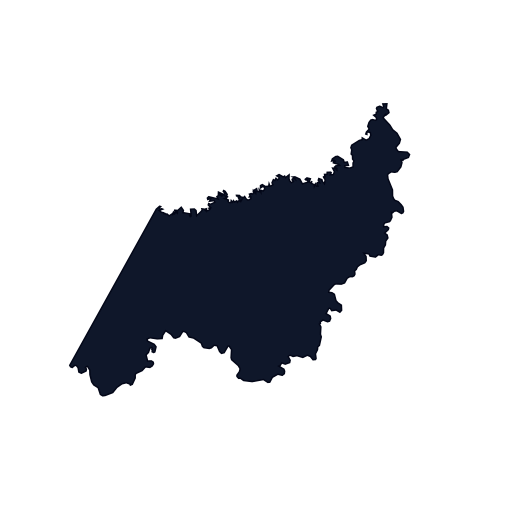 El Encanto, Amazonas, Colombia (orthographic projection), rotated 299°
{"feature_id": "7082276B15462988930410", "entity_name": "El Encanto", "entity_type": "district", "adm_level": 2, "iso_a3": "COL", "parent_name": "Colombia", "parent_adm1": "Amazonas", "projection": "orthographic", "projection_center": [-72.847, -1.998], "detail": "fine", "context": "isolated", "style": "filled", "palette": "ink", "viewbox_px": 512, "rotation_deg": 299, "n_neighbors": 0, "source": "geoboundaries", "source_scale": "gbopen_adm2", "svg_char_len": 6138}
<svg xmlns="http://www.w3.org/2000/svg" viewBox="0 0 512 512"><g transform="rotate(299 256 256)"><path d="M70.1,146.1L69.2,147.5L69.4,149.3L72.6,150.6L73.1,152.0L72.1,154.5L68.6,157.4L68.8,160.1L73.0,163.1L74.8,162.6L75.8,160.8L77.6,161.7L77.7,161.1L77.7,162.3L75.6,166.0L71.6,168.4L66.3,173.3L64.6,176.6L64.3,181.8L59.5,187.0L59.4,189.7L60.9,191.7L67.1,196.9L73.6,198.0L79.2,200.7L82.3,204.0L83.1,209.2L81.6,208.3L83.8,210.0L90.7,209.5L93.4,208.0L95.0,207.9L100.5,211.9L105.1,213.0L106.7,214.7L106.0,214.4L107.1,217.2L109.5,218.5L112.0,218.6L113.3,217.6L113.5,215.4L111.6,212.1L116.2,207.8L119.5,208.7L123.7,207.9L125.0,208.5L125.6,209.4L125.1,210.2L124.0,210.8L124.1,209.3L123.8,210.7L121.9,211.6L122.0,213.3L123.1,214.0L128.1,212.6L129.4,209.8L129.0,202.3L130.6,201.0L133.1,202.9L135.7,209.8L138.3,213.9L141.5,212.8L146.9,213.2L146.3,219.8L144.6,223.7L145.1,225.4L148.5,228.2L154.6,228.5L155.3,230.7L155.2,232.4L152.7,236.7L154.0,241.2L153.3,250.4L151.0,253.0L150.6,254.9L152.5,260.0L154.1,261.5L157.6,262.6L158.7,265.5L154.8,270.5L154.1,273.0L156.0,275.0L163.7,275.2L164.2,276.1L162.3,280.0L155.0,283.5L153.5,285.0L151.6,293.6L149.7,296.8L146.8,297.6L142.5,297.1L141.4,297.8L140.6,300.1L141.6,301.8L141.1,305.5L144.3,313.5L151.6,322.4L151.2,327.6L152.3,329.2L157.8,329.1L163.2,332.4L164.4,336.8L166.8,337.8L169.1,336.9L170.5,335.3L170.7,329.3L171.8,330.2L175.0,330.3L175.6,334.0L179.1,337.1L181.4,336.4L183.6,332.9L184.8,333.1L185.9,334.4L186.1,337.1L188.7,340.1L190.0,346.1L194.1,349.0L194.5,352.3L192.9,356.2L194.3,358.2L195.5,358.2L199.3,355.4L203.8,355.2L206.6,354.0L208.5,354.8L216.9,352.3L218.8,350.3L225.4,347.1L227.2,344.4L228.3,345.0L229.4,344.1L232.5,345.6L233.2,350.5L234.7,351.9L237.5,351.6L239.4,350.0L239.6,345.2L245.5,345.0L246.2,346.4L244.9,348.7L247.6,352.3L247.5,356.6L250.0,357.2L254.4,354.5L254.7,350.4L255.7,347.6L260.5,343.1L260.7,340.2L259.5,337.2L261.3,336.4L268.9,338.3L270.2,339.2L272.8,344.3L275.4,346.5L280.8,346.5L283.4,348.0L284.8,350.5L286.4,351.4L288.1,351.3L290.9,349.4L292.8,350.2L295.6,349.9L298.6,351.1L302.8,354.4L305.3,354.7L308.9,352.5L310.7,348.9L312.6,353.8L311.2,355.8L313.0,361.0L316.5,362.4L317.4,365.2L318.5,365.9L320.7,365.9L324.9,363.7L328.4,363.8L331.9,362.2L335.7,362.6L338.0,360.5L338.4,357.4L343.2,358.9L344.8,358.5L345.3,356.2L343.4,353.5L345.6,352.4L347.4,352.6L350.8,356.1L352.1,356.4L355.8,356.1L359.8,353.3L359.9,354.4L362.4,355.3L363.8,357.4L363.7,362.6L365.0,363.5L366.6,363.4L369.9,360.9L371.2,358.2L372.5,353.9L372.0,350.4L372.9,348.5L374.6,346.4L380.0,343.3L387.4,334.1L390.6,331.8L392.1,331.8L395.2,333.5L396.5,336.8L398.2,338.6L404.1,339.5L408.4,338.4L410.5,336.3L411.0,338.1L411.7,337.8L416.1,341.5L419.2,341.1L420.1,337.9L416.3,329.9L417.8,326.6L418.9,325.7L424.1,326.7L428.0,325.8L431.7,319.8L432.7,314.3L435.3,309.7L438.5,300.1L442.6,300.5L442.1,301.3L445.8,302.8L447.7,301.1L447.9,298.6L452.6,296.7L450.5,293.2L448.6,295.3L447.3,295.2L447.0,291.6L444.7,289.7L443.5,289.8L441.3,292.5L440.0,291.5L438.3,292.4L436.2,290.7L435.5,294.0L433.9,295.4L432.5,294.6L431.8,291.8L430.5,290.5L427.6,290.1L423.6,290.9L421.9,293.5L418.0,292.5L415.9,292.9L416.1,294.0L417.6,293.1L418.7,293.5L419.4,296.1L417.3,297.9L413.5,298.1L410.7,296.2L410.8,291.7L409.3,292.5L407.1,290.3L399.3,286.0L396.7,286.5L395.3,288.3L391.3,289.8L390.8,291.6L387.6,293.5L386.6,295.7L384.4,295.8L381.0,297.7L378.3,295.4L376.5,290.8L378.0,289.9L380.1,292.9L382.5,290.3L380.6,287.8L382.5,285.8L382.8,279.1L381.6,277.5L378.0,275.7L375.8,276.1L377.4,277.6L377.6,279.0L377.1,279.5L375.9,278.1L375.0,278.5L376.3,284.5L375.8,285.3L373.5,282.1L372.1,281.7L371.8,284.3L370.3,285.1L370.9,282.2L370.0,280.4L367.8,283.7L364.7,284.2L362.9,281.6L365.3,281.4L365.5,280.7L363.7,277.7L361.9,278.6L360.6,276.4L359.3,277.5L357.3,276.4L358.6,277.9L357.1,277.9L356.2,279.6L352.3,280.8L353.3,277.9L354.7,276.6L354.2,273.4L352.5,273.7L350.9,276.3L350.1,274.3L349.1,274.0L347.1,276.4L346.3,275.0L347.8,273.0L345.3,273.2L346.5,272.4L346.4,268.9L348.5,268.8L346.4,268.0L346.5,266.6L349.9,266.1L349.0,262.7L347.0,261.9L346.7,262.9L348.3,264.1L347.0,264.1L346.4,265.6L345.7,265.6L341.6,261.6L344.5,257.1L344.1,251.7L343.0,250.0L343.0,252.1L342.1,253.1L342.4,251.6L341.0,250.5L340.1,250.6L339.3,252.6L337.3,251.4L338.0,249.0L339.6,247.4L343.0,245.6L338.8,243.8L339.8,242.3L338.4,241.5L338.4,236.7L336.2,235.3L336.1,237.8L335.0,238.6L333.0,237.9L333.6,235.8L331.2,235.9L331.2,234.2L327.8,234.5L326.6,236.3L324.7,235.2L323.8,234.4L325.4,232.5L323.2,233.3L321.3,230.5L321.5,226.9L319.8,225.8L317.7,226.9L320.1,228.2L320.2,229.8L318.8,231.2L316.3,230.8L315.8,228.4L313.9,229.5L315.3,226.9L313.9,227.8L313.1,225.8L315.2,223.9L312.5,222.4L312.0,224.8L310.6,225.4L311.9,222.0L310.8,222.5L311.0,223.9L308.3,222.8L308.3,221.5L306.9,220.3L306.3,221.4L304.4,221.5L305.2,222.8L303.4,223.8L300.9,222.0L301.1,219.8L302.5,217.2L301.1,216.8L300.3,214.3L300.9,212.1L299.6,209.5L299.1,209.9L299.6,211.2L298.6,212.2L299.8,213.5L298.1,212.9L296.6,214.7L298.8,216.3L296.1,216.3L296.0,214.2L293.9,213.7L294.9,212.4L292.7,211.0L293.5,209.5L291.6,209.4L292.4,207.5L290.5,208.2L289.7,206.5L290.1,205.2L291.6,204.7L291.0,200.8L292.1,202.0L293.3,200.3L293.2,202.0L294.0,202.4L294.6,201.0L295.9,200.9L297.6,197.6L297.6,196.0L296.7,196.0L295.8,198.4L291.7,197.0L291.9,195.6L292.9,197.0L294.0,196.6L293.7,192.2L291.8,193.1L292.6,194.7L289.0,193.0L287.5,195.3L284.9,185.9L283.1,185.4L282.1,186.4L284.7,188.8L281.4,188.8L284.2,192.6L283.0,194.0L279.2,191.2L278.9,189.2L277.5,189.5L276.3,192.9L275.0,191.7L275.0,193.1L274.1,193.0L272.1,191.8L272.1,190.6L273.2,189.6L272.4,188.9L271.3,190.0L271.8,187.8L271.0,185.8L270.2,186.6L268.9,186.6L262.4,184.6L266.7,181.5L267.2,179.3L265.2,176.1L259.6,180.0L258.5,179.4L259.3,178.2L261.1,178.6L258.5,171.0L260.7,170.4L262.4,167.0L257.9,165.5L256.4,162.1L256.5,166.0L255.2,166.5L255.5,164.7L253.3,164.4L253.7,163.0L255.0,163.9L254.6,162.5L253.1,162.6L251.4,163.8L252.3,162.3L249.0,160.6L249.6,157.7L248.7,157.2L249.1,155.9L248.4,155.1L249.1,154.4L248.4,152.2L248.8,149.2L251.7,151.6L251.6,150.5L250.1,149.9L251.4,148.2L253.0,148.6L252.8,147.6L248.6,146.1L70.1,146.1Z" fill="#0f172a" stroke="#020617" stroke-width="1.5"/></g></svg>